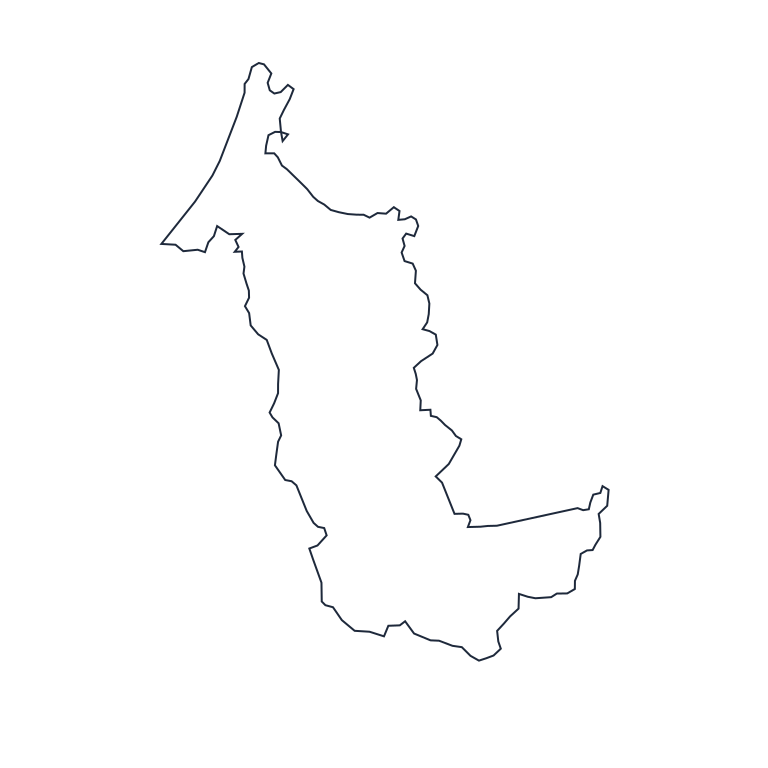 the district of Turuçu, Rio Grande do Sul, Brazil, rotated 206°
{"feature_id": "56859067B67452973684728", "entity_name": "Turuçu", "entity_type": "district", "adm_level": 2, "iso_a3": "BRA", "parent_name": "Brazil", "parent_adm1": "Rio Grande do Sul", "projection": "natural_earth1", "projection_center": [-52.15, -31.488], "detail": "fine", "context": "isolated", "style": "outline", "palette": "slate", "viewbox_px": 768, "rotation_deg": 206, "n_neighbors": 0, "source": "geoboundaries", "source_scale": "gbopen_adm2", "svg_char_len": 2567}
<svg xmlns="http://www.w3.org/2000/svg" viewBox="0 0 768 768"><g transform="rotate(206 384 384)"><path d="M587.0,565.3L594.1,576.9L594.1,586.4L593.6,598.7L594.5,609.4L601.5,610.7L604.8,601.1L609.9,597.0L615.4,597.9L620.6,603.7L621.4,613.7L632.0,618.7L637.3,617.6L641.7,610.9L639.5,598.7L640.8,592.6L637.0,584.7L633.5,559.6L629.4,512.5L629.6,496.2L633.8,465.1L645.5,412.3L632.4,417.8L622.6,415.4L610.3,423.0L602.7,424.0L604.0,434.4L601.7,442.3L603.2,452.8L588.7,450.8L577.3,456.8L580.8,448.3L574.8,443.4L576.1,437.4L569.8,440.8L566.6,435.3L560.9,428.3L558.7,421.7L551.6,414.0L546.4,408.7L543.1,402.4L543.1,393.0L536.3,388.6L529.5,378.2L518.9,373.5L508.7,372.2L498.3,362.3L484.7,350.6L479.2,337.6L475.2,329.3L474.3,318.5L474.3,308.2L469.6,305.1L461.5,302.5L453.9,292.7L453.9,285.7L450.0,273.8L446.4,263.1L430.7,254.4L424.4,256.1L418.3,254.5L397.8,236.0L386.4,228.3L380.7,226.7L374.6,228.3L369.2,222.8L373.0,209.7L379.0,203.4L370.9,195.3L353.1,178.0L344.6,161.2L339.7,159.5L332.0,161.0L318.4,153.3L302.2,149.3L288.4,155.0L273.4,157.2L274.1,168.6L264.0,174.0L261.0,180.0L247.6,172.9L229.8,174.0L222.0,177.4L207.7,178.7L198.7,181.6L187.1,177.6L177.4,177.0L171.9,182.3L166.5,188.0L163.0,197.3L168.4,202.7L174.1,211.7L171.2,221.3L168.8,230.4L164.6,241.1L170.7,254.5L161.5,255.8L154.0,257.8L140.3,265.7L136.8,271.4L127.5,276.1L122.6,283.4L126.1,290.8L126.4,297.8L128.9,306.1L132.7,317.5L128.6,323.4L123.7,326.2L123.5,332.3L122.5,341.5L128.8,353.9L134.1,361.3L130.0,372.4L135.7,387.3L142.8,388.0L141.8,380.9L147.4,376.3L146.6,367.9L145.0,361.2L149.7,357.9L155.6,357.3L220.4,306.1L228.5,301.9L234.6,298.1L245.9,292.2L246.6,299.5L250.9,303.4L256.2,302.1L263.7,298.2L288.6,320.8L297.0,323.6L290.7,340.5L289.2,361.6L290.3,368.2L296.6,368.8L302.6,372.0L311.1,373.9L316.7,375.9L322.1,377.3L327.9,375.9L331.0,381.2L339.9,376.3L343.8,385.4L353.0,393.7L356.1,402.0L359.9,407.0L364.3,411.6L360.7,420.8L353.6,432.7L353.1,442.5L359.1,451.1L366.4,451.5L373.3,450.2L372.2,458.3L374.4,466.4L378.5,476.2L383.9,482.8L392.4,484.8L400.3,488.1L405.0,499.8L411.0,504.8L419.4,503.5L425.8,509.9L426.0,517.1L431.1,522.9L430.0,528.9L421.6,530.2L422.5,541.0L427.4,545.9L433.1,546.5L437.5,541.2L443.1,537.8L445.9,546.3L452.7,547.2L456.8,538.0L464.8,534.8L469.9,527.2L476.5,527.2L482.8,524.2L491.0,520.9L500.0,518.6L508.2,517.1L516.4,519.1L523.7,519.5L529.7,521.2L538.5,525.5L545.5,527.9L565.5,534.5L571.5,535.6L578.8,541.2L583.8,543.2L591.7,539.3L594.4,546.5L596.9,557.0L592.4,562.9L587.0,565.3ZM587.0,565.3L581.6,557.9L579.7,566.3L587.0,565.3Z" fill="none" stroke="#1e293b" stroke-width="2"/></g></svg>